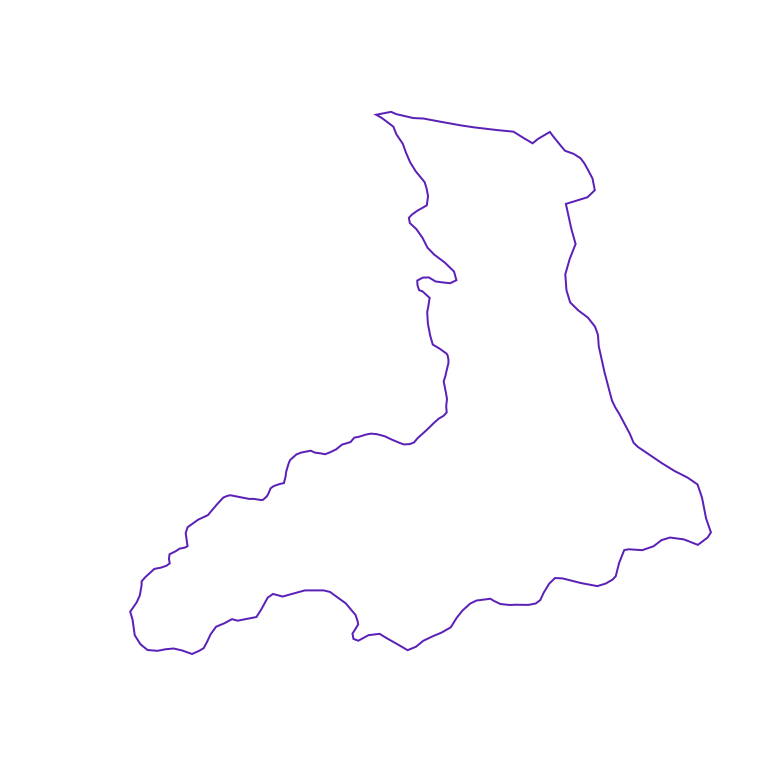 the district of Panjwin, As-Sulaymaniyah, Iraq, rotated 169°
{"feature_id": "34846034B29141080711053", "entity_name": "Panjwin", "entity_type": "district", "adm_level": 2, "iso_a3": "IRQ", "parent_name": "Iraq", "parent_adm1": "As-Sulaymaniyah", "projection": "robinson", "projection_center": [46.048, 35.647], "detail": "fine", "context": "isolated", "style": "outline", "palette": "violet", "viewbox_px": 768, "rotation_deg": 169, "n_neighbors": 0, "source": "geoboundaries", "source_scale": "gbopen_adm2", "svg_char_len": 3183}
<svg xmlns="http://www.w3.org/2000/svg" viewBox="0 0 768 768"><g transform="rotate(169 384 384)"><path d="M340.3,649.8L335.3,645.5L325.7,634.8L324.2,626.8L319.7,616.2L318.2,606.4L316.0,596.6L312.3,586.8L305.6,574.4L304.9,568.1L304.9,560.1L307.9,551.2L318.3,547.7L324.2,545.0L327.9,542.4L327.9,537.0L322.7,529.9L318.3,520.1L315.3,509.5L310.1,501.5L301.2,491.7L293.8,481.0L293.1,472.1L299.7,470.3L305.7,472.1L313.8,474.8L319.7,480.1L325.7,481.0L331.6,479.2L332.3,474.8L331.6,469.4L328.6,467.7L322.7,459.7L323.5,457.9L325.7,451.7L327.9,446.3L329.4,434.8L329.4,422.3L328.6,413.4L322.7,408.1L316.8,401.9L316.1,400.1L316.1,395.6L316.8,392.1L320.5,384.1L322.0,380.5L324.9,375.2L324.9,371.6L324.9,363.6L325.0,357.4L327.2,350.3L327.9,344.1L331.6,341.4L336.8,339.6L342.7,336.1L350.9,330.7L361.2,324.5L365.7,320.9L370.1,320.1L376.1,320.9L380.5,323.6L387.2,328.1L393.1,332.5L400.5,336.1L406.4,337.8L411.6,337.8L418.3,337.0L423.4,337.0L427.9,333.4L436.8,332.5L443.4,329.0L450.1,327.2L455.3,326.3L459.7,328.1L464.9,329.8L468.6,332.5L472.3,332.5L476.0,332.5L478.3,332.5L483.4,331.6L486.4,329.8L490.8,327.2L493.1,323.6L496.8,316.5L498.2,312.1L501.2,305.8L504.9,305.8L511.6,304.9L515.3,303.2L518.2,298.7L520.4,296.1L524.9,293.4L526.4,293.4L533.8,296.1L538.2,296.9L544.9,299.6L556.0,304.1L559.0,304.1L563.4,303.2L570.8,297.8L581.9,288.9L592.3,286.3L604.1,280.9L607.1,275.6L607.8,262.3L610.7,261.4L615.9,261.4L620.4,259.6L627.0,257.8L628.5,253.4L628.5,248.9L632.2,247.1L638.1,246.3L644.8,246.3L655.1,240.0L659.6,236.5L660.3,232.9L664.0,223.1L668.4,216.9L676.6,208.9L675.8,200.9L676.6,184.9L672.8,175.1L666.9,168.0L657.3,165.3L649.1,165.3L641.0,164.5L632.9,160.9L624.0,155.6L616.6,157.3L611.4,159.1L607.0,164.5L601.8,171.6L595.1,177.8L586.3,179.6L578.1,182.2L572.9,179.6L564.0,179.6L553.7,179.6L547.8,185.8L538.9,196.5L533.0,199.1L524.1,194.7L513.0,195.6L501.1,196.5L482.6,192.9L476.7,190.2L463.4,176.0L456.0,162.7L455.2,156.5L455.2,152.9L462.6,144.9L462.6,139.6L458.2,136.9L447.1,140.4L436.0,139.6L430.1,134.2L419.7,125.3L411.6,118.2L402.7,120.0L394.5,124.4L384.2,127.1L375.3,128.9L364.9,132.4L357.5,140.4L350.1,146.7L341.3,152.0L334.6,153.8L320.5,152.9L317.6,150.2L311.7,145.8L302.8,143.1L296.9,142.2L284.3,139.6L276.9,139.6L271.7,142.2L267.3,148.4L259.9,156.5L253.2,160.9L245.8,159.1L228.8,151.1L213.2,144.9L204.4,145.8L196.9,148.4L193.2,151.1L187.3,163.6L179.9,175.1L175.5,175.1L162.1,171.6L150.3,173.3L141.4,177.8L132.5,178.7L119.2,174.2L106.6,166.2L95.5,171.6L91.4,176.0L93.5,190.7L93.5,198.6L93.5,211.3L94.0,215.5L95.4,225.6L104.0,234.3L115.2,243.0L126.4,253.3L134.3,261.3L146.9,273.9L150.2,278.7L152.2,288.2L158.7,309.6L161.4,316.8L163.3,323.9L164.0,333.4L164.9,347.6L165.3,353.2L166.0,380.2L164.6,391.3L165.9,400.0L171.2,410.3L179.1,419.0L185.7,428.6L187.0,441.2L185.1,457.1L177.8,471.4L169.2,484.9L170.5,500.7L171.1,526.1L148.7,528.5L140.1,534.0L140.1,545.9L142.7,554.6L145.3,562.6L148.0,568.1L153.9,573.7L161.8,578.4L164.5,583.2L170.4,594.3L173.1,599.8L186.3,595.1L192.2,591.9L200.2,599.0L208.8,607.0L224.6,611.7L247.1,618.9L260.3,623.6L271.8,628.1L278.8,630.8L294.7,637.1L304.6,639.5L320.5,646.6L325.1,649.8L334.3,649.8L340.3,649.8Z" fill="none" stroke="#5b21b6" stroke-width="2"/></g></svg>